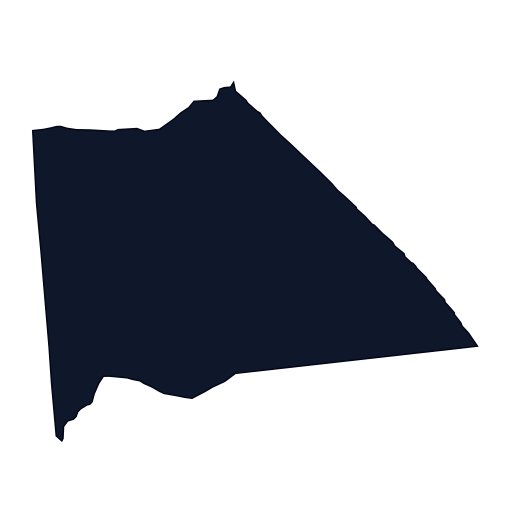 Arlit, Agadez, Niger, rotated 87°
{"feature_id": "23599985B35740417673211", "entity_name": "Arlit", "entity_type": "district", "adm_level": 2, "iso_a3": "NER", "parent_name": "Niger", "parent_adm1": "Agadez", "projection": "albers", "projection_center": [7.12, 19.518], "detail": "fine", "context": "isolated", "style": "filled", "palette": "ink", "viewbox_px": 512, "rotation_deg": 87, "n_neighbors": 0, "source": "geoboundaries", "source_scale": "gbopen_adm2", "svg_char_len": 1406}
<svg xmlns="http://www.w3.org/2000/svg" viewBox="0 0 512 512"><g transform="rotate(87 256 256)"><path d="M373.2,466.8L425.2,464.9L430.5,459.6L428.2,458.3L416.2,457.1L410.8,452.7L409.4,446.9L406.9,444.1L402.3,442.2L399.4,439.1L395.8,432.5L395.4,429.8L393.1,427.4L385.1,424.8L374.9,419.7L368.1,414.7L368.2,409.7L369.1,403.1L370.9,391.0L372.8,385.5L374.5,378.5L377.3,374.6L381.3,366.8L386.0,359.5L388.4,355.1L391.2,342.9L393.4,334.3L394.7,327.3L388.6,314.0L384.6,306.4L379.5,293.7L372.1,282.7L357.6,39.6L344.0,47.9L336.8,53.9L333.4,55.0L324.8,61.0L323.2,60.9L319.2,63.9L312.2,69.6L309.5,70.0L300.1,78.2L297.9,78.8L288.5,86.3L286.2,87.4L276.9,95.9L274.6,97.1L271.6,99.6L270.6,101.6L264.6,107.3L261.4,108.1L253.4,116.9L249.3,119.0L243.6,124.8L240.2,128.5L231.3,136.4L230.5,138.3L226.3,141.8L222.4,144.9L214.3,153.1L212.6,153.4L201.0,164.6L194.6,171.3L188.0,176.3L177.2,186.1L155.3,207.0L145.8,215.9L136.4,225.3L128.1,232.6L122.5,237.7L116.5,242.8L113.3,244.6L111.5,247.5L102.9,256.3L100.0,257.9L90.4,267.9L81.5,269.3L86.1,272.6L86.2,278.7L87.5,283.4L94.9,286.4L98.3,290.7L98.3,309.8L104.3,315.3L109.2,323.6L115.1,331.0L124.5,345.8L125.7,360.8L122.5,368.2L122.6,387.2L124.0,390.5L123.6,396.0L121.5,415.0L120.5,428.8L118.7,437.8L116.4,444.4L116.3,448.3L117.4,453.9L118.5,461.6L119.1,472.4L192.0,472.4L239.2,470.5L305.1,468.4L336.1,467.4L373.2,466.8Z" fill="#0f172a" stroke="#020617" stroke-width="1.5"/></g></svg>